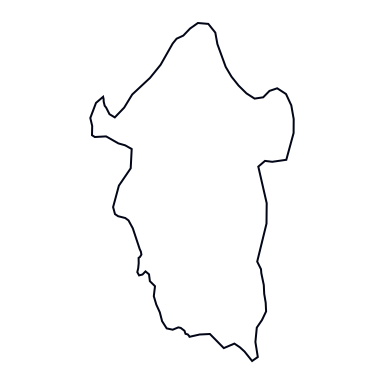 Enugu, Equal Earth projection
{"feature_id": "NGA-2862", "entity_name": "Enugu", "entity_type": "State", "adm_level": 1, "iso_a3": "NGA", "parent_name": "Nigeria", "parent_adm1": "", "projection": "equal_earth", "projection_center": [7.353, 6.518], "detail": "fine", "context": "isolated", "style": "outline", "palette": "ink", "viewbox_px": 384, "rotation_deg": 0, "n_neighbors": 0, "source": "natural_earth", "source_scale": "10m", "svg_char_len": 1299}
<svg xmlns="http://www.w3.org/2000/svg" viewBox="0 0 384 384"><path d="M215.3,32.6L217.4,44.1L225.7,66.9L231.5,76.7L238.6,85.6L246.5,93.4L254.6,98.6L263.2,97.3L269.5,90.9L277.2,88.3L286.0,94.0L291.3,105.4L293.7,119.1L293.6,133.0L286.3,159.8L272.2,161.8L265.0,160.9L258.3,166.6L266.7,203.2L266.5,223.6L257.2,261.6L261.0,269.2L261.3,273.1L263.8,285.1L264.2,293.8L265.7,302.8L266.1,311.4L262.0,320.0L256.8,327.6L255.4,342.0L257.8,357.0L252.1,361.0L244.5,351.5L239.9,347.3L234.4,343.6L223.8,348.1L209.9,334.0L199.7,334.5L189.5,336.8L189.0,335.8L187.7,334.4L185.5,333.8L184.5,330.8L180.7,327.9L178.3,327.4L172.7,329.7L166.7,328.4L162.1,321.2L159.8,312.3L156.3,304.6L153.8,296.2L155.0,286.2L149.9,281.2L149.0,274.3L145.5,271.4L142.5,274.5L139.1,275.4L137.3,272.1L138.2,268.3L138.7,263.3L138.6,257.9L140.0,256.9L141.4,254.6L140.9,251.7L139.7,249.1L132.8,228.3L128.5,220.4L125.2,218.0L118.1,216.2L115.0,214.1L113.1,207.1L118.9,185.6L130.7,168.3L131.7,149.0L125.1,145.3L118.4,143.4L106.1,136.4L94.8,137.0L92.0,135.2L92.2,126.0L90.3,118.0L96.0,102.9L103.1,96.8L103.6,99.1L103.7,101.7L104.7,105.8L106.1,107.5L109.5,114.2L114.8,117.4L124.2,107.6L132.2,94.5L150.0,77.9L160.6,64.8L172.7,43.5L176.6,38.7L183.3,35.6L190.1,28.5L197.9,23.0L208.3,23.9L215.3,32.6Z" fill="none" stroke="#020617" stroke-width="2"/></svg>